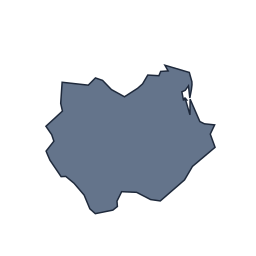 outline of Lushnjë, Fier, Albania, rotated 141°
{"feature_id": "67620474B73435711419495", "entity_name": "Lushnjë", "entity_type": "district", "adm_level": 2, "iso_a3": "ALB", "parent_name": "Albania", "parent_adm1": "Fier", "projection": "mercator", "projection_center": [19.57, 40.906], "detail": "fine", "context": "isolated", "style": "filled", "palette": "slate", "viewbox_px": 256, "rotation_deg": 141, "n_neighbors": 0, "source": "geoboundaries", "source_scale": "gbopen_adm2", "svg_char_len": 908}
<svg xmlns="http://www.w3.org/2000/svg" viewBox="0 0 256 256"><g transform="rotate(141 128 128)"><path d="M58.7,75.9L66.0,83.2L68.1,87.8L61.6,111.3L71.6,99.2L65.5,113.7L64.7,112.9L64.7,115.1L64.9,115.5L65.3,115.5L65.4,115.1L65.6,115.1L65.9,114.8L66.2,114.9L66.5,114.8L66.6,114.6L66.8,114.7L67.2,114.7L67.6,114.3L63.4,122.2L59.8,121.3L54.5,122.7L61.1,112.4L54.5,118.0L51.1,121.3L49.2,123.8L45.4,132.6L59.8,153.5L60.9,147.1L67.0,151.4L71.1,149.2L79.3,156.7L88.9,153.1L95.6,152.8L111.1,154.5L116.7,168.3L117.8,181.0L121.8,187.4L131.9,186.3L150.4,205.0L164.8,189.5L168.3,182.4L190.7,181.0L191.5,170.8L193.9,164.4L206.2,161.6L207.3,157.9L208.9,152.1L210.6,132.3L206.8,129.5L204.7,119.0L204.3,103.5L208.5,89.2L207.3,82.0L191.4,73.7L185.6,73.7L182.6,78.1L173.0,82.5L161.8,72.6L155.5,58.2L148.8,51.0L116.7,52.1L102.1,57.6L72.5,58.2L67.9,71.5L58.7,75.9Z" fill="#64748b" stroke="#1e293b" stroke-width="1.5"/></g></svg>